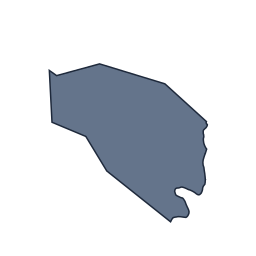 Gualala, Santa Bárbara, Honduras (orthographic projection), rotated 212°
{"feature_id": "27666195B84597002869459", "entity_name": "Gualala", "entity_type": "district", "adm_level": 2, "iso_a3": "HND", "parent_name": "Honduras", "parent_adm1": "Santa Bárbara", "projection": "orthographic", "projection_center": [-88.228, 15.004], "detail": "fine", "context": "isolated", "style": "filled", "palette": "slate", "viewbox_px": 256, "rotation_deg": 212, "n_neighbors": 0, "source": "geoboundaries", "source_scale": "gbopen_adm2", "svg_char_len": 4268}
<svg xmlns="http://www.w3.org/2000/svg" viewBox="0 0 256 256"><g transform="rotate(212 128 128)"><path d="M225.2,135.1L195.5,92.6L159.3,98.5L123.2,80.3L42.2,71.0L42.2,71.4L42.3,71.8L42.3,72.3L42.4,73.1L42.4,73.5L42.4,73.8L42.4,74.3L42.4,74.7L42.3,75.0L42.3,75.3L42.3,75.5L42.2,75.6L42.2,75.8L42.1,76.1L41.9,76.3L41.5,76.7L40.9,77.3L39.8,78.2L38.8,79.2L38.5,79.3L38.4,79.5L38.2,79.6L38.0,79.8L37.5,80.0L37.3,80.1L37.1,80.2L36.9,80.4L36.4,80.6L35.8,80.9L34.2,81.6L32.7,82.3L32.0,82.6L31.8,82.7L31.7,82.8L31.4,83.0L31.2,83.5L31.0,83.9L31.0,84.1L30.9,84.4L30.9,84.6L30.9,84.8L30.8,85.1L30.8,85.3L30.8,85.6L30.8,85.8L30.9,86.2L30.9,86.4L30.9,86.8L31.0,87.1L31.1,87.5L31.1,87.8L31.3,88.1L31.3,88.3L31.4,88.5L31.5,88.6L31.6,88.8L31.7,89.0L31.8,89.2L32.0,89.4L32.0,89.5L32.5,89.9L32.6,90.1L32.9,90.4L33.3,90.7L33.5,90.8L33.9,91.1L34.1,91.2L34.4,91.5L35.9,92.4L37.5,93.5L37.9,93.7L38.1,93.9L38.9,94.5L39.3,94.8L39.9,95.3L40.6,95.8L40.9,96.0L41.1,96.1L41.3,96.2L41.4,96.3L41.5,96.3L42.3,96.7L42.9,97.0L43.1,97.1L43.5,97.2L43.7,97.3L44.0,97.4L44.3,97.4L44.4,97.5L44.5,97.5L44.8,97.5L44.9,97.4L45.0,97.4L45.6,97.2L45.8,97.1L46.0,97.1L46.4,97.0L46.8,96.9L47.8,96.8L48.5,96.7L49.5,96.6L50.0,96.5L50.4,96.5L50.6,96.5L51.0,96.5L51.3,96.5L51.5,96.5L51.9,96.6L52.0,96.7L52.2,96.8L52.4,96.9L52.6,97.0L52.9,97.3L53.5,97.8L54.2,98.4L54.6,98.8L54.8,98.9L54.8,99.0L55.1,99.6L55.2,99.9L55.3,100.2L55.4,100.5L55.5,100.7L55.5,100.9L55.5,101.0L55.5,101.3L55.5,101.7L55.4,101.8L55.4,102.0L55.2,102.3L55.1,102.5L54.9,102.8L54.7,103.0L54.1,103.4L53.5,103.8L53.4,103.9L52.9,104.4L52.4,105.0L52.2,105.3L51.8,105.8L51.6,106.0L51.4,106.2L51.1,106.4L50.9,106.5L50.7,106.6L50.4,106.7L50.2,106.8L49.8,106.9L49.4,107.0L49.0,107.1L48.6,107.2L48.4,107.3L48.0,107.3L46.9,107.5L46.3,107.6L44.9,107.7L44.4,107.8L44.2,107.8L43.9,107.9L43.7,107.9L43.2,108.1L42.8,108.2L42.6,108.2L42.3,108.3L41.7,108.4L41.1,108.4L40.5,108.5L40.0,108.6L39.5,108.6L38.9,108.6L38.6,108.7L38.4,108.7L38.0,108.6L37.2,108.6L36.4,108.6L36.0,108.5L35.1,108.4L34.7,108.4L34.4,108.4L34.2,108.4L33.9,108.4L33.5,108.5L33.4,108.5L33.2,108.6L32.8,108.7L32.7,108.8L32.4,109.0L32.2,109.2L32.1,109.3L32.0,109.5L31.9,109.6L31.8,109.9L31.8,110.1L31.7,110.4L31.6,110.7L31.5,111.0L31.5,111.5L31.4,111.6L31.4,111.8L31.5,112.0L31.5,112.6L31.7,113.6L31.8,114.2L31.9,114.4L31.9,114.5L32.2,115.2L32.4,115.7L32.4,115.8L32.6,116.0L32.7,116.3L32.8,116.5L32.9,116.9L33.0,117.0L33.1,117.4L33.1,117.6L33.2,118.0L33.2,118.4L33.2,118.7L33.3,118.9L33.3,119.0L33.2,119.4L33.2,119.7L33.1,120.2L33.1,120.4L33.1,120.5L33.0,120.8L33.0,121.0L33.4,121.9L33.6,122.5L34.2,123.6L34.8,124.7L34.9,124.9L34.9,125.1L35.0,125.1L36.7,127.4L37.8,128.8L38.9,130.2L40.4,131.9L41.9,133.7L42.1,134.0L42.3,134.2L42.4,134.4L42.7,134.7L43.0,135.0L43.3,135.2L43.4,135.3L43.7,135.6L43.8,135.7L44.0,135.8L44.4,136.1L44.5,136.2L44.6,136.3L44.9,136.7L45.2,137.1L45.4,137.4L45.7,137.7L45.8,137.9L46.0,138.1L46.2,138.4L46.3,138.6L46.4,138.9L46.6,139.2L46.9,139.8L47.0,140.0L47.1,140.3L47.2,140.5L47.3,140.8L47.4,141.0L47.6,141.7L47.7,142.1L47.9,142.8L48.0,143.0L48.1,143.6L48.2,143.9L48.7,145.9L48.7,146.2L48.8,146.5L48.9,146.8L48.9,147.0L49.0,147.0L49.0,147.4L49.1,147.6L49.1,147.8L49.3,148.7L49.5,149.5L49.9,150.9L50.0,151.2L50.0,151.4L50.1,151.8L50.9,152.1L51.4,152.3L51.8,152.5L52.0,152.7L52.3,152.8L53.1,153.3L54.1,154.0L55.2,154.9L55.5,155.1L55.7,155.3L56.3,156.0L56.8,156.6L57.3,157.2L57.5,157.5L57.8,157.8L58.0,158.1L58.1,158.4L58.3,158.6L58.4,158.8L58.5,159.0L58.6,159.4L58.7,159.5L58.7,159.9L58.8,160.1L58.9,160.3L59.0,160.6L59.1,160.8L59.2,161.0L59.3,161.1L59.7,161.6L59.9,161.9L60.1,162.1L60.2,162.3L60.4,162.4L60.5,162.6L60.9,162.9L61.1,163.1L61.3,163.3L61.5,163.5L61.7,163.9L61.9,164.2L62.2,164.7L62.4,164.9L62.5,165.1L62.6,165.3L62.7,165.6L62.8,165.8L62.8,166.1L62.8,166.3L62.8,166.5L62.8,166.8L62.6,167.4L62.5,167.8L62.4,168.3L62.3,168.6L62.2,168.9L62.1,169.3L62.0,169.6L62.0,169.8L62.0,170.5L62.0,170.8L62.0,171.1L62.0,171.4L62.1,171.7L62.1,172.0L62.2,172.3L62.3,172.5L62.4,172.8L62.5,172.9L62.7,173.0L62.8,173.0L63.0,173.0L63.4,173.1L63.5,173.1L63.7,173.3L63.9,173.3L64.0,173.4L64.2,173.6L64.3,173.7L64.5,173.8L64.6,174.0L64.8,174.4L64.8,174.5L64.9,174.8L64.9,175.0L120.1,185.0L186.1,167.3L216.3,134.6L225.2,135.1Z" fill="#64748b" stroke="#1e293b" stroke-width="1.5"/></g></svg>